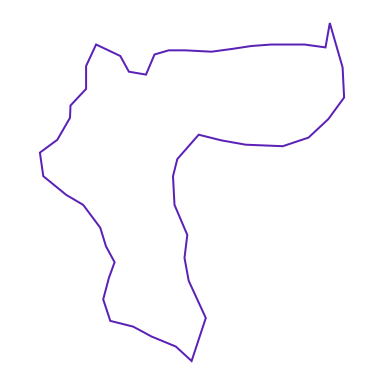 outline of Kourou Monastiri, Cyprus
{"feature_id": "46923920B54534863217064", "entity_name": "Kourou Monastiri", "entity_type": "district", "adm_level": 2, "iso_a3": "CYP", "parent_name": "Cyprus", "parent_adm1": "", "projection": "albers", "projection_center": [33.557, 35.22], "detail": "fine", "context": "isolated", "style": "outline", "palette": "violet", "viewbox_px": 384, "rotation_deg": 0, "n_neighbors": 0, "source": "geoboundaries", "source_scale": "gbopen_adm2", "svg_char_len": 697}
<svg xmlns="http://www.w3.org/2000/svg" viewBox="0 0 384 384"><path d="M70.5,105.5L70.0,117.8L57.3,139.8L39.9,152.6L43.3,176.2L66.1,194.8L83.2,204.9L100.3,227.8L106.0,246.4L114.6,262.2L108.9,277.9L103.2,299.4L110.3,320.9L133.1,326.6L151.7,336.6L175.9,346.6L191.6,361.0L205.8,318.0L188.7,280.8L184.5,257.9L187.3,234.9L174.5,204.9L173.0,176.2L177.3,159.1L198.7,134.7L221.5,140.4L245.7,144.7L282.8,146.2L308.5,137.6L328.4,119.0L344.1,97.5L342.6,67.4L335.6,43.2L329.8,23.0L325.5,47.4L304.2,44.5L271.4,44.5L251.4,46.0L232.9,48.8L211.5,51.7L184.4,50.3L168.8,50.3L154.5,54.5L146.0,74.6L128.9,71.7L120.3,56.0L96.1,44.5L86.1,66.0L86.1,88.9L70.5,105.5Z" fill="none" stroke="#5b21b6" stroke-width="2"/></svg>